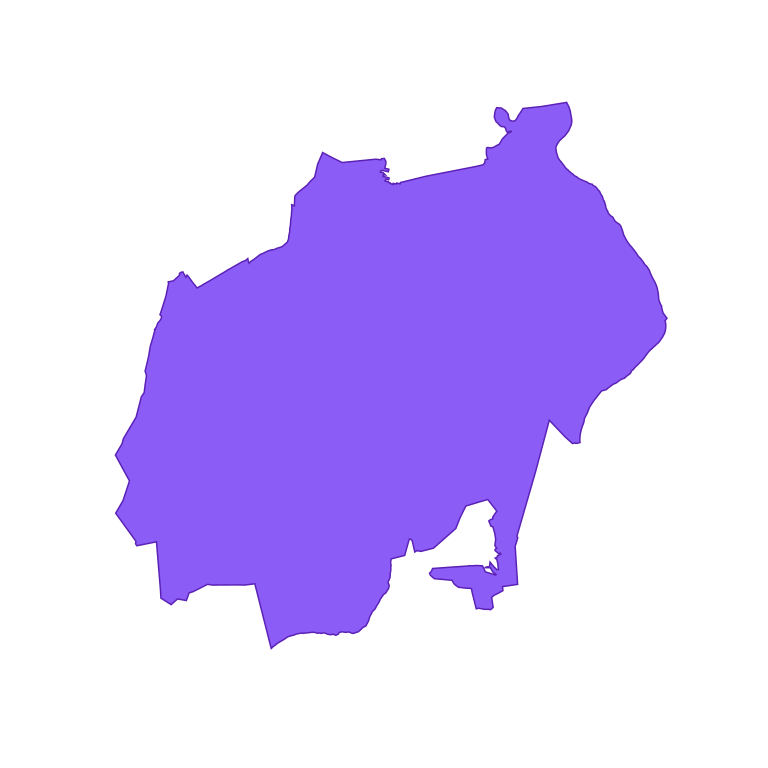 San Fernando, Chiapas, Mexico, rotated 77°
{"feature_id": "50627088B48755105590570", "entity_name": "San Fernando", "entity_type": "district", "adm_level": 2, "iso_a3": "MEX", "parent_name": "Mexico", "parent_adm1": "Chiapas", "projection": "mercator", "projection_center": [-93.215, 16.914], "detail": "fine", "context": "isolated", "style": "filled", "palette": "violet", "viewbox_px": 768, "rotation_deg": 77, "n_neighbors": 0, "source": "geoboundaries", "source_scale": "gbopen_adm2", "svg_char_len": 6139}
<svg xmlns="http://www.w3.org/2000/svg" viewBox="0 0 768 768"><g transform="rotate(77 384 384)"><path d="M616.3,553.4L615.7,552.2L615.0,551.3L613.8,548.2L612.9,546.8L610.1,538.1L608.8,534.9L608.5,533.0L608.3,527.6L607.8,525.0L608.1,523.5L608.0,520.9L608.7,519.1L609.8,509.6L610.6,507.0L611.8,505.2L612.1,503.0L612.9,501.4L612.9,499.0L613.2,497.8L614.6,496.0L615.7,494.0L616.3,492.3L616.3,490.1L618.0,487.4L617.5,484.9L616.2,483.7L615.9,481.8L616.4,479.5L617.4,477.3L617.5,475.2L617.9,473.7L620.0,470.7L620.1,469.0L619.8,467.3L619.7,464.9L618.4,462.4L616.4,459.2L615.7,456.1L611.3,452.3L607.8,450.4L603.1,446.4L601.1,443.2L598.9,441.4L595.5,438.0L592.6,435.7L589.0,431.8L587.9,429.1L586.3,427.7L584.5,425.7L582.2,424.5L580.3,424.2L579.1,424.6L577.9,424.7L576.3,423.3L574.1,421.8L572.3,421.1L570.6,420.7L565.9,418.9L564.7,418.8L562.4,417.9L559.2,417.7L556.0,416.3L555.7,402.4L541.0,394.4L541.0,393.3L542.7,391.8L554.6,391.8L553.8,389.3L555.4,385.7L555.1,372.7L540.9,346.5L531.2,339.8L521.3,331.7L520.4,318.6L519.9,308.9L533.2,302.7L538.0,307.9L539.9,308.3L540.0,310.5L541.0,312.7L546.6,311.8L547.7,310.0L554.2,309.7L560.3,310.1L566.4,312.3L569.4,311.2L569.8,312.5L570.2,312.7L570.8,313.3L571.2,313.3L573.6,311.5L574.6,311.0L575.1,310.1L574.9,308.7L575.0,308.6L575.5,308.7L576.2,308.5L576.8,312.1L578.2,312.5L578.6,314.8L580.8,313.4L582.1,313.6L584.5,313.5L590.5,314.3L590.2,315.9L586.3,318.3L581.4,320.7L585.3,322.2L585.8,323.1L585.3,324.8L585.6,327.2L587.0,321.7L591.6,320.3L594.9,317.6L595.3,318.2L589.8,327.5L586.3,328.2L583.3,329.0L581.8,334.1L580.7,340.2L580.2,341.9L580.2,343.3L577.3,361.3L574.7,378.1L577.1,379.9L578.6,382.2L580.9,381.8L585.0,378.8L590.6,361.8L593.5,361.1L595.3,360.2L598.8,357.2L601.3,350.2L602.9,344.8L606.5,345.0L623.8,344.7L623.8,342.2L626.2,336.7L627.0,333.0L627.9,331.0L626.3,327.9L616.2,327.1L614.6,324.2L613.6,319.7L612.1,314.6L608.1,314.1L609.3,298.9L571.6,292.7L565.2,288.9L563.7,288.2L562.3,288.8L503.1,255.8L456.5,231.1L476.5,219.3L484.4,213.7L484.4,211.2L485.0,210.5L485.2,208.9L485.1,206.1L482.9,205.9L477.8,204.4L472.9,202.1L469.9,200.3L466.5,198.0L462.5,196.3L458.5,192.8L452.7,188.8L447.1,182.9L439.7,173.6L439.5,168.7L438.3,166.5L436.1,161.5L435.7,160.2L435.3,157.9L434.9,156.7L434.0,154.9L433.7,153.8L432.9,152.2L432.4,148.5L432.3,148.0L431.1,146.1L429.2,141.8L428.2,140.7L427.1,140.3L426.8,139.7L426.1,138.1L423.9,135.1L422.8,133.2L418.2,126.0L412.6,119.5L410.8,116.9L410.2,115.6L408.3,112.5L407.6,111.0L406.8,109.8L405.7,107.6L404.6,106.1L401.1,102.2L397.9,99.4L395.0,97.7L391.5,96.5L388.4,95.9L385.6,95.9L383.6,93.5L377.5,96.1L373.4,96.3L370.4,96.0L368.7,96.6L363.8,97.3L357.6,96.4L352.5,96.2L348.9,96.5L347.7,96.8L346.5,96.9L341.6,98.3L336.3,99.5L332.9,99.9L328.7,101.4L327.6,102.0L326.5,102.9L325.4,103.3L323.2,104.0L321.7,104.8L321.0,105.0L318.8,106.1L318.2,106.6L316.4,107.6L314.6,108.2L310.9,109.7L305.5,112.3L304.9,112.8L299.7,115.0L296.7,115.9L292.5,116.9L288.3,117.1L283.2,117.8L282.4,118.2L281.4,118.6L279.9,120.1L277.5,122.1L275.0,123.0L273.4,123.4L272.4,123.9L271.4,125.0L270.2,125.9L267.6,127.1L265.7,127.1L264.8,127.6L262.3,128.1L261.0,128.1L260.1,127.9L258.6,128.1L256.2,128.1L255.1,128.4L254.5,128.7L253.1,129.0L251.8,128.9L250.2,129.1L247.7,130.1L244.8,130.6L243.6,131.3L243.2,131.8L242.2,131.9L241.1,132.6L240.1,133.0L239.0,133.8L238.2,135.0L237.3,135.7L236.2,136.2L236.2,136.4L234.5,139.4L233.3,140.3L228.8,146.6L227.8,147.7L226.3,149.0L225.6,149.5L223.8,151.7L222.0,152.7L220.6,154.1L218.0,156.0L217.3,156.4L217.0,156.4L215.3,157.8L213.5,158.8L211.5,159.5L211.0,159.8L207.2,161.5L205.3,162.6L202.9,163.4L198.9,163.8L196.3,163.8L192.8,163.5L191.4,163.0L188.6,160.6L186.8,158.7L186.0,157.6L185.4,156.4L184.4,154.9L183.1,152.3L181.3,150.0L178.9,147.2L173.6,143.2L171.9,142.5L170.2,141.9L167.2,141.5L162.2,141.3L160.4,141.1L156.1,141.4L150.7,142.7L149.0,168.7L146.8,186.6L150.5,190.3L152.6,192.7L155.1,194.7L157.0,197.1L156.8,199.8L154.9,202.3L152.2,202.6L149.1,202.3L145.1,204.1L141.5,207.6L140.1,212.0L142.4,213.9L145.4,215.3L148.7,216.5L153.3,215.9L156.2,214.1L158.3,212.9L159.7,211.4L160.3,209.2L161.6,208.4L162.7,207.9L164.7,208.0L166.1,207.5L166.5,206.2L166.1,204.5L166.5,202.6L167.7,207.1L171.8,213.5L176.3,217.7L176.4,218.5L178.1,224.3L177.9,227.3L177.4,228.4L176.8,229.9L177.1,230.9L178.2,231.4L183.4,232.6L188.2,232.3L188.1,234.9L191.2,236.1L192.7,238.3L192.7,246.0L191.0,296.5L191.4,322.6L192.6,323.2L191.0,326.5L192.0,326.8L190.6,329.9L191.7,330.1L190.1,332.7L189.6,332.6L188.7,334.3L188.1,334.1L186.5,337.4L184.8,336.0L186.1,333.6L185.8,333.3L184.3,332.7L183.1,334.9L181.6,338.2L180.0,337.7L180.7,335.6L177.9,337.3L177.3,338.7L177.0,339.2L176.8,339.9L175.6,339.2L175.3,338.3L175.8,336.9L178.2,332.0L175.9,330.9L173.8,334.8L171.1,333.2L169.1,332.4L167.6,332.1L164.3,332.9L163.9,335.8L164.9,336.5L163.1,341.4L158.8,374.9L152.0,383.3L144.6,391.8L145.8,392.5L154.9,399.2L166.9,405.1L170.1,410.4L173.0,414.3L177.5,423.6L178.8,425.9L180.4,428.2L181.5,428.8L190.2,431.3L188.5,433.6L192.8,434.4L196.1,435.5L198.4,436.1L202.4,437.7L208.5,439.6L212.5,441.3L213.3,441.2L217.2,442.9L218.3,443.5L221.2,444.4L224.0,446.2L226.3,450.5L227.3,452.5L227.7,457.7L228.3,460.9L227.9,463.9L228.0,464.5L228.3,467.4L229.7,473.5L229.9,475.4L233.4,482.9L234.4,485.9L236.0,488.2L233.6,488.6L231.1,488.5L232.5,491.2L233.0,494.8L237.2,508.6L237.8,511.1L238.3,512.1L244.0,529.9L246.4,538.0L247.5,540.5L247.3,540.9L248.4,544.5L241.7,547.7L235.1,550.5L233.6,551.4L235.4,553.1L229.5,554.8L229.6,557.3L230.5,558.6L231.8,558.5L236.1,565.9L235.9,571.3L236.1,571.4L236.4,570.8L248.9,576.5L261.4,583.8L266.1,586.7L267.5,585.8L268.2,585.7L269.2,585.8L271.3,587.4L273.6,590.6L277.3,593.0L279.3,595.2L279.5,594.8L281.6,596.0L288.5,599.7L294.4,603.1L304.9,607.5L314.6,612.3L317.5,613.8L318.1,613.9L320.2,613.6L322.6,613.6L330.7,616.8L338.4,619.6L341.7,623.2L360.4,632.9L378.6,650.2L383.2,652.6L392.8,661.7L421.2,653.8L439.0,664.6L449.5,674.5L481.4,661.1L483.8,662.0L486.0,661.2L486.6,641.2L532.8,647.9L542.5,649.5L551.1,641.0L547.0,633.6L550.5,625.3L543.7,620.9L543.4,616.7L539.5,601.1L541.3,596.4L546.7,572.4L548.6,564.8L549.6,554.8L616.3,553.4Z" fill="#8b5cf6" stroke="#5b21b6" stroke-width="1.5"/></g></svg>